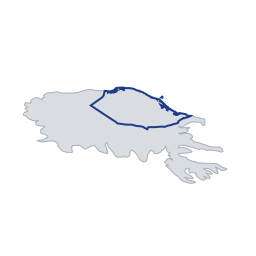 Suðurland highlighted on a map of Iceland, rotated 195°
{"feature_id": "ISL-705", "entity_name": "Suðurland", "entity_type": "Region", "adm_level": 1, "iso_a3": "ISL", "parent_name": "Iceland", "parent_adm1": "", "projection": "natural_earth1", "projection_center": [-19.582, 64.139], "detail": "fine", "context": "in_parent", "style": "outline", "palette": "blue", "viewbox_px": 256, "rotation_deg": 195, "n_neighbors": 0, "source": "natural_earth", "source_scale": "10m", "svg_char_len": 7556}
<svg xmlns="http://www.w3.org/2000/svg" viewBox="0 0 256 256"><g transform="rotate(195 128 128)"><path d="M194.7,96.0L196.9,96.1L200.5,95.2L205.7,92.7L207.8,92.2L212.8,92.2L206.8,94.6L204.6,97.2L203.0,98.5L203.0,99.1L207.4,100.7L209.4,100.2L210.3,100.4L211.2,101.2L211.8,102.7L211.5,104.3L210.3,105.8L208.6,107.2L208.9,107.6L210.2,107.8L217.3,107.0L218.1,108.9L218.8,109.6L218.6,110.2L215.9,112.3L219.2,111.0L221.8,110.6L226.3,111.3L228.1,112.0L229.3,113.4L231.5,112.9L232.5,113.7L232.6,114.5L231.7,116.7L229.1,117.8L230.7,119.4L232.1,119.5L232.3,119.8L232.2,120.8L230.2,121.9L233.6,123.1L234.1,123.6L233.9,125.0L233.4,125.8L232.4,126.3L229.9,126.4L228.4,126.9L229.0,127.8L228.6,130.2L226.7,132.2L225.0,133.2L223.2,133.9L218.3,133.2L218.6,134.9L216.8,135.9L217.2,136.8L217.8,137.3L217.6,138.4L215.4,140.7L213.8,141.5L210.7,142.4L206.2,144.5L201.6,144.5L190.4,147.5L186.0,149.2L178.1,154.1L174.7,155.4L169.0,156.0L151.6,159.3L149.7,161.2L149.6,161.7L150.4,162.4L149.1,163.8L146.5,164.8L145.2,164.8L143.1,164.0L142.8,164.4L143.7,165.4L135.2,167.1L123.4,166.2L113.0,163.8L104.7,163.3L98.9,159.9L98.7,159.4L99.4,158.4L101.5,158.0L100.5,157.0L96.9,158.7L95.8,158.7L94.3,158.0L94.3,157.3L91.3,157.0L86.3,154.9L85.9,154.4L87.1,153.7L86.9,153.5L84.1,153.6L80.1,155.6L56.4,156.4L55.7,155.3L54.8,151.5L55.6,149.9L56.6,150.0L59.3,152.2L65.7,151.0L68.3,150.2L70.7,148.1L72.0,147.4L74.0,144.8L76.0,143.2L80.0,142.4L76.4,141.9L70.4,144.1L68.4,144.1L69.4,143.1L71.4,142.1L70.0,142.0L69.5,141.5L69.4,140.6L70.5,139.0L77.6,136.2L76.0,135.6L71.0,137.8L67.5,138.5L64.6,137.5L63.2,136.2L63.3,135.6L65.1,133.9L64.8,133.6L63.6,133.5L60.5,131.9L55.6,132.1L43.4,131.2L34.1,133.3L31.9,132.3L30.2,130.2L30.6,129.4L32.2,128.9L36.7,128.9L43.4,127.9L46.4,126.7L47.6,127.0L48.1,127.6L52.2,126.7L54.4,125.6L58.1,126.1L71.9,125.5L73.7,124.1L74.4,122.4L74.1,122.0L69.0,123.6L67.9,123.6L62.0,122.7L59.9,121.8L60.6,121.0L63.8,119.4L71.7,116.7L72.8,116.2L72.9,115.5L69.8,114.3L63.9,114.7L62.4,113.3L57.5,112.5L54.2,113.0L52.5,112.2L33.0,116.5L26.8,114.5L22.3,114.2L21.9,113.6L24.6,111.6L26.4,111.3L28.2,111.5L31.6,112.8L33.9,113.2L31.0,111.3L30.9,109.4L30.0,108.9L29.2,107.7L29.5,107.3L33.1,107.5L38.7,109.7L41.5,109.3L45.2,107.9L37.1,107.1L34.6,105.4L36.4,104.6L40.6,104.7L36.0,101.8L35.8,101.2L36.6,99.9L42.4,101.1L39.4,99.3L39.3,99.0L40.2,98.6L40.7,97.6L42.2,97.2L45.1,97.5L49.7,99.5L50.3,100.1L50.4,102.1L52.2,101.8L54.4,102.1L56.2,100.7L57.4,101.0L58.3,102.3L58.2,105.0L59.4,104.0L61.6,104.0L61.9,101.7L61.6,99.9L54.6,97.9L51.9,96.4L52.3,95.9L53.6,95.4L60.9,95.0L57.8,94.2L57.1,93.3L51.5,93.6L48.8,93.2L48.7,92.8L49.8,92.1L53.2,90.7L59.6,90.6L62.1,91.0L67.0,94.0L70.9,95.3L77.4,99.4L81.6,101.0L81.8,101.4L81.1,101.9L79.5,102.5L81.9,103.2L83.5,104.3L83.6,104.8L82.1,108.1L80.5,109.2L76.6,108.6L77.6,109.7L80.3,110.8L81.0,111.4L80.5,112.1L81.9,111.9L82.3,112.2L81.6,114.1L80.9,114.8L83.3,115.2L84.9,116.2L86.8,120.0L87.8,117.1L88.4,116.0L89.4,115.6L90.5,112.6L93.2,110.8L95.6,110.1L98.1,112.2L99.9,112.4L101.8,108.7L102.1,106.0L101.5,103.0L101.9,100.8L103.1,99.6L104.8,99.2L108.3,100.4L111.2,103.4L115.6,106.7L118.6,107.5L119.2,107.4L119.7,106.3L119.3,102.1L120.7,99.8L124.3,99.2L129.8,97.2L131.0,97.1L133.7,98.3L138.6,102.6L142.1,104.6L143.9,107.7L144.7,108.3L145.5,107.3L145.5,105.9L141.3,99.4L141.2,98.5L141.6,97.7L149.2,98.1L150.9,98.8L156.1,102.6L158.7,101.0L163.7,96.6L165.4,96.8L169.8,98.6L171.5,98.4L176.6,96.8L177.6,94.7L175.4,90.5L176.3,89.7L180.9,88.7L186.0,88.9L191.3,92.7L191.6,94.6L194.7,96.0Z" fill="#d9dde1" stroke="#a8b0b8" stroke-width="1"/><path d="M160.1,157.8L158.5,158.1L156.6,158.3L156.8,158.2L157.0,157.9L157.0,157.7L156.8,157.4L156.7,157.8L156.5,158.0L156.2,158.1L155.9,157.9L155.9,158.1L156.0,158.2L156.0,158.3L153.5,159.5L153.7,158.9L154.2,158.6L154.8,158.5L155.4,158.4L154.1,157.9L153.6,157.6L153.5,157.9L153.5,158.0L153.6,158.3L153.1,158.5L152.6,158.4L152.1,158.3L151.6,158.3L152.0,158.4L152.0,158.6L151.5,158.6L151.3,158.6L151.1,158.8L150.7,158.7L150.4,158.8L150.1,159.1L150.0,159.4L149.9,159.9L149.6,160.2L149.3,160.2L148.9,160.0L148.6,160.2L148.6,160.5L149.0,160.7L149.6,160.4L149.9,160.4L151.5,160.5L152.0,160.4L151.2,161.3L150.7,161.6L150.1,161.4L150.3,161.2L149.5,161.2L149.5,161.5L148.9,161.4L148.6,161.6L148.9,161.6L149.1,161.6L149.1,161.8L149.1,162.1L150.5,162.1L150.8,161.9L150.3,162.8L149.6,163.6L148.7,164.1L146.7,164.7L145.4,165.2L144.2,165.4L143.6,164.9L143.8,164.7L144.4,164.6L144.6,164.4L144.8,164.2L145.1,164.0L145.7,164.0L145.7,163.8L145.1,163.8L144.1,164.0L143.5,164.0L142.2,163.5L141.8,163.5L141.7,163.8L141.8,164.0L142.3,164.4L142.4,164.5L142.6,164.7L142.7,165.0L142.7,165.4L142.8,165.6L143.6,165.6L144.1,165.6L144.4,165.6L140.2,166.0L137.8,166.7L133.6,167.3L132.6,167.3L128.8,166.6L127.2,166.9L126.7,166.8L126.9,166.8L127.0,166.7L126.4,166.6L126.0,166.4L125.7,166.3L125.3,166.6L122.7,166.3L122.4,166.2L121.4,165.8L119.8,165.6L117.5,164.7L114.3,164.2L113.7,163.8L113.9,163.8L114.1,163.7L113.8,163.5L113.6,163.5L113.2,163.6L111.1,163.5L113.1,163.8L107.9,163.6L107.6,163.3L107.4,163.4L107.3,163.5L107.2,163.4L107.2,163.7L105.7,163.7L104.9,163.6L102.0,162.1L101.7,161.9L101.9,162.1L102.3,162.1L102.6,162.1L102.9,161.9L102.6,161.9L102.2,161.8L101.9,161.7L102.0,161.4L102.1,161.2L101.7,161.5L101.4,161.7L101.0,161.6L100.6,161.4L100.6,161.2L101.3,161.4L101.0,161.0L100.6,160.8L100.2,160.6L99.9,160.4L99.6,159.9L99.4,159.6L99.2,159.5L98.7,159.5L99.4,160.2L99.8,160.6L100.0,161.0L98.7,160.4L98.1,159.9L97.8,159.3L98.0,159.1L97.9,159.0L97.6,158.6L98.2,158.2L98.8,158.0L100.1,157.9L100.8,158.1L101.8,158.7L102.5,158.8L102.2,158.5L101.7,158.1L101.4,157.9L99.9,157.4L100.5,156.8L100.6,156.5L100.5,156.2L100.3,156.1L100.1,156.2L100.2,156.4L100.2,156.5L100.0,156.8L99.1,157.4L98.6,157.8L98.2,158.0L97.7,158.1L97.5,158.4L97.5,158.7L97.5,159.0L97.3,159.2L97.2,159.3L96.4,159.0L95.5,158.5L94.8,158.4L93.5,157.7L94.7,157.7L95.0,157.8L95.4,158.1L95.7,158.1L95.8,157.9L96.0,157.9L96.7,157.9L96.7,157.7L96.1,157.7L96.4,157.6L96.4,157.4L95.0,157.6L94.5,157.6L94.5,157.4L95.2,156.9L95.4,156.1L95.1,155.5L94.4,155.3L94.4,155.5L95.0,155.6L94.9,156.0L94.5,156.4L93.8,156.9L93.3,157.2L92.8,157.2L92.2,157.0L92.4,157.5L92.5,157.6L91.7,157.1L90.0,156.4L87.4,155.9L86.6,155.5L86.1,155.4L85.7,155.2L85.3,154.8L85.4,154.6L85.3,154.3L85.1,153.7L86.7,153.8L87.5,153.7L88.1,153.4L86.6,153.4L85.7,153.1L85.3,153.0L84.3,153.2L84.1,153.3L83.9,153.5L83.3,153.8L83.1,153.9L83.1,154.1L84.1,154.3L84.6,154.6L84.8,155.0L84.4,154.8L83.6,154.8L82.6,154.8L82.1,154.9L81.8,155.2L82.0,155.7L81.9,155.7L81.8,155.8L81.7,155.8L76.0,156.3L75.3,156.0L74.6,155.6L74.0,155.3L73.4,155.3L70.6,155.9L71.0,155.4L71.4,155.1L76.2,152.0L76.9,152.0L77.1,152.0L77.2,151.5L77.3,151.4L77.8,151.1L78.3,150.7L79.1,149.8L80.8,147.9L81.0,147.6L81.2,147.2L80.9,146.6L80.9,146.4L80.9,146.1L81.2,145.7L81.4,145.5L86.2,142.8L87.5,141.8L90.5,140.3L92.7,138.7L93.2,138.6L96.4,137.9L102.5,135.7L107.8,134.3L108.4,134.0L108.7,133.8L108.7,133.7L108.8,133.5L108.9,133.3L108.9,133.0L108.8,132.7L108.8,132.3L109.1,131.7L114.1,133.0L114.6,133.0L115.2,133.0L120.3,132.2L125.2,132.2L130.7,130.8L139.4,129.7L141.2,130.7L143.2,131.3L148.8,133.1L158.7,136.4L169.8,140.1L160.8,151.0L160.1,152.6L160.0,153.1L160.0,157.5L160.1,157.8L160.1,157.8ZM103.4,166.1L103.5,166.2L103.6,166.5L103.5,166.8L103.3,167.0L103.1,167.2L102.9,167.1L102.8,166.9L102.7,166.7L102.6,166.4L102.6,166.1L103.0,166.0L103.5,166.0L103.4,166.1ZM152.9,159.2L153.0,159.3L153.1,159.5L152.9,159.8L152.6,160.1L152.7,159.9L152.7,159.7L152.3,159.7L151.5,159.8L151.5,159.6L152.1,159.3L152.5,159.2L152.9,159.2Z" fill="none" stroke="#1e3a8a" stroke-width="2"/></g></svg>